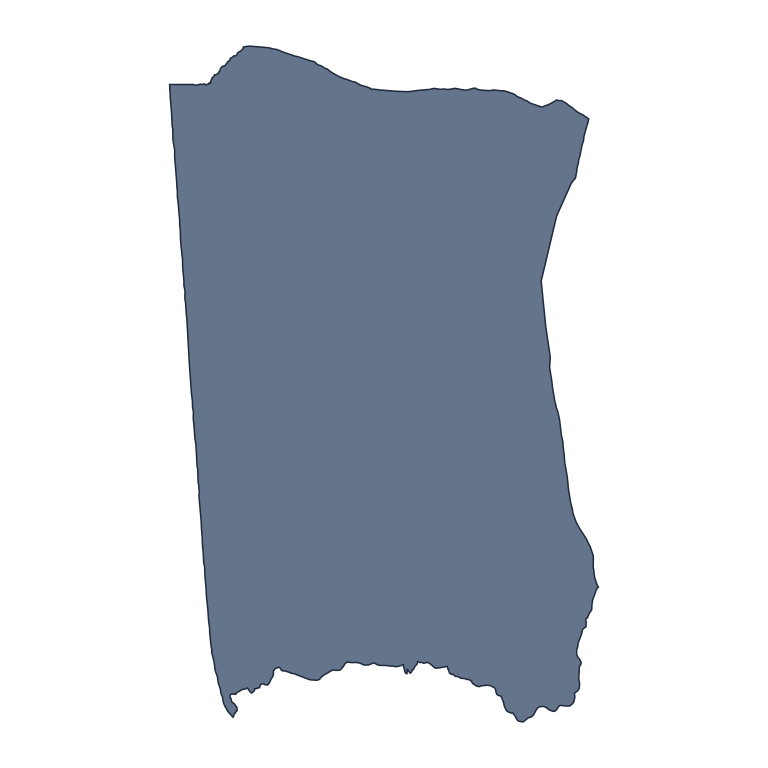 the district of Omhajer, Gash Barka, Eritrea
{"feature_id": "51966322B84792340140154", "entity_name": "Omhajer", "entity_type": "district", "adm_level": 2, "iso_a3": "ERI", "parent_name": "Eritrea", "parent_adm1": "Gash Barka", "projection": "equal_earth", "projection_center": [36.816, 14.649], "detail": "fine", "context": "isolated", "style": "filled", "palette": "slate", "viewbox_px": 768, "rotation_deg": 0, "n_neighbors": 0, "source": "geoboundaries", "source_scale": "gbopen_adm2", "svg_char_len": 6016}
<svg xmlns="http://www.w3.org/2000/svg" viewBox="0 0 768 768"><path d="M475.3,88.1L472.3,88.5L466.6,90.2L463.4,89.9L454.9,88.3L449.8,89.3L446.4,89.4L443.7,88.9L440.6,89.4L434.6,88.4L432.7,88.6L429.6,89.4L420.4,90.1L408.2,91.7L395.6,91.2L379.4,89.9L373.5,89.1L371.9,89.4L370.1,88.2L366.8,86.9L361.0,85.3L355.0,82.0L352.2,81.5L346.6,79.3L344.1,78.7L337.6,75.9L330.9,71.9L327.2,69.0L325.6,68.6L321.0,65.7L318.9,65.2L316.6,63.9L315.5,62.6L314.2,61.7L309.1,60.4L297.6,56.6L294.3,56.0L293.6,55.6L282.3,51.8L279.5,50.5L276.4,49.4L272.4,48.8L270.0,48.0L265.1,47.4L249.5,46.1L243.7,46.8L243.2,47.3L242.8,49.0L241.4,50.4L240.0,51.4L237.7,52.6L236.5,55.4L235.3,56.0L234.0,55.7L232.6,57.1L230.5,58.2L230.1,58.6L229.9,60.4L227.7,61.6L227.3,62.6L224.9,65.7L224.0,65.9L223.6,66.2L222.4,66.3L221.2,67.5L220.2,69.4L219.7,70.7L218.1,73.2L217.3,74.0L215.5,75.0L215.1,75.1L214.4,74.8L213.8,76.5L213.4,77.0L212.2,77.5L212.2,78.7L211.1,80.1L210.5,83.0L210.0,83.3L209.8,83.5L209.2,82.9L208.4,84.0L207.1,84.3L205.8,85.0L204.2,83.8L203.3,84.0L202.0,84.7L200.6,84.1L199.8,84.4L196.1,85.2L194.6,85.0L193.7,84.5L169.6,84.5L169.8,90.1L170.1,91.7L170.2,97.0L171.5,112.3L172.1,125.3L172.8,129.2L172.9,139.6L174.7,150.6L174.6,156.2L176.8,183.6L176.8,186.8L177.3,190.2L177.4,197.2L178.2,203.3L178.9,212.2L179.6,219.2L179.7,225.4L180.3,230.6L180.5,239.7L181.1,246.6L181.7,251.7L181.8,254.3L182.5,258.6L182.7,267.9L183.9,280.6L183.9,285.7L185.0,290.9L184.8,298.6L185.6,303.3L186.3,314.7L186.8,318.2L189.5,366.4L191.5,394.1L192.4,401.1L192.5,406.6L193.4,412.2L193.2,418.0L194.4,430.7L194.8,437.7L195.9,444.3L197.1,466.3L197.7,469.2L198.1,482.2L198.8,485.5L198.9,488.7L199.3,492.1L198.9,495.3L201.2,522.1L201.4,527.8L202.3,538.6L202.4,544.4L203.2,552.6L203.7,563.1L204.6,566.7L204.9,575.9L206.0,587.3L206.5,597.2L207.8,609.1L208.6,620.9L209.5,627.8L209.8,634.0L211.2,646.9L211.8,649.6L211.7,652.4L213.9,661.1L215.2,670.6L217.4,676.8L218.1,682.3L220.4,689.2L220.7,692.0L221.3,694.4L222.7,697.8L222.7,698.7L223.5,703.1L224.9,706.1L227.7,711.3L233.0,717.2L233.4,716.7L233.4,716.2L233.7,716.1L234.0,713.9L235.1,713.3L236.3,711.2L237.1,710.7L237.0,707.5L236.8,707.1L235.8,706.1L235.0,704.5L233.6,703.1L232.0,702.3L230.8,698.1L229.8,697.4L230.1,696.1L230.2,695.0L230.5,694.6L232.0,694.0L233.3,694.2L233.8,693.9L235.4,694.4L235.9,694.2L237.2,692.2L239.2,691.4L242.3,689.5L245.2,689.1L247.2,687.9L248.6,689.6L249.7,691.4L251.2,692.9L251.5,693.0L252.9,692.2L254.6,690.3L254.6,688.7L256.1,688.7L256.8,688.2L257.7,688.3L258.6,687.7L259.5,687.7L259.9,686.8L259.9,685.5L260.1,685.1L261.9,684.0L263.4,683.8L265.0,684.7L265.9,684.6L267.4,685.1L268.6,684.0L269.5,682.6L271.2,678.9L272.9,676.3L273.4,674.2L273.5,670.8L275.6,668.4L279.0,667.2L280.5,668.4L281.3,670.2L283.2,671.0L285.1,671.0L290.1,672.6L290.5,673.1L293.9,673.7L308.5,679.3L310.8,679.9L316.4,680.2L318.2,680.0L319.7,679.2L320.5,678.0L322.9,675.7L332.3,670.2L334.0,670.0L335.9,670.4L337.8,670.4L340.3,670.0L343.3,666.6L344.6,664.4L345.3,663.5L346.7,662.4L347.6,662.1L351.5,662.6L356.5,662.5L359.7,663.0L364.0,665.1L368.6,664.9L370.4,664.3L372.7,663.2L373.9,663.0L375.2,663.4L376.3,664.3L377.9,665.0L380.4,665.4L386.6,665.5L389.2,666.0L393.9,666.2L395.8,666.8L401.1,665.7L402.2,664.9L403.3,664.5L403.5,664.7L403.5,666.3L404.7,671.0L405.4,672.9L406.5,673.8L407.0,673.6L407.2,671.4L407.0,670.4L407.3,669.4L407.9,669.7L408.0,670.2L410.1,673.2L411.4,672.3L412.6,669.5L413.0,669.7L413.6,669.2L414.8,666.6L415.8,665.6L417.3,663.6L417.5,661.9L417.9,661.5L419.6,662.5L421.8,662.4L423.5,663.3L426.5,662.7L427.2,662.1L430.7,664.2L434.2,667.5L435.9,668.2L440.1,667.8L447.0,666.4L447.7,667.9L447.9,669.0L448.6,670.2L449.4,672.8L450.8,674.1L452.6,674.2L455.9,676.6L457.9,676.5L460.9,678.3L464.8,678.6L466.5,679.4L469.3,679.7L470.8,680.8L471.4,681.0L472.5,683.4L476.7,686.2L479.6,686.7L480.8,685.9L487.7,685.2L490.9,685.8L492.2,686.7L493.9,687.3L494.6,688.0L495.4,689.3L495.8,690.6L496.2,693.0L496.9,694.4L498.2,695.4L500.5,695.9L501.2,696.8L503.2,701.4L504.4,706.5L506.1,710.1L507.8,711.7L509.9,712.7L511.6,713.1L512.6,712.9L515.4,716.5L516.3,718.6L517.4,720.2L518.3,721.0L522.2,721.9L523.5,721.7L528.2,717.9L530.8,717.1L532.5,716.0L533.8,714.6L535.9,710.5L537.4,708.2L538.5,707.2L541.7,706.4L544.2,706.6L546.0,707.4L548.7,709.6L550.8,710.6L552.8,711.2L554.5,711.4L556.3,710.1L558.9,706.2L560.0,705.4L562.1,705.5L565.4,706.1L566.9,705.9L567.8,706.1L569.7,705.9L570.8,705.3L573.7,702.4L574.9,697.1L574.5,694.0L574.7,693.1L577.5,690.9L579.1,688.8L579.3,687.9L579.6,683.2L578.8,678.9L578.8,677.1L579.3,670.8L579.1,668.8L579.6,666.4L580.9,664.1L581.2,663.0L581.1,662.3L579.6,659.1L578.4,657.9L577.0,655.5L576.7,653.1L576.6,650.4L576.9,649.1L577.9,646.3L578.0,643.5L581.0,635.6L581.7,633.6L582.4,630.1L583.3,628.7L585.6,627.1L586.1,626.2L586.2,621.8L585.6,620.7L585.8,619.5L586.1,618.8L587.4,617.8L589.4,613.1L591.6,610.1L591.8,608.8L591.9,605.4L592.6,600.1L595.3,592.9L595.6,591.2L597.4,588.0L598.4,587.2L596.9,584.3L594.7,577.6L594.1,573.4L593.9,571.0L593.2,567.3L593.4,557.9L593.2,556.3L593.0,554.9L591.9,551.6L590.1,546.3L588.8,544.2L586.7,539.5L585.7,537.6L584.7,536.3L579.4,528.2L576.0,521.8L573.0,513.4L572.4,509.5L570.6,502.4L568.2,487.1L568.0,483.5L567.0,475.2L564.7,462.4L564.2,455.1L563.1,446.4L562.9,441.8L561.5,435.8L559.5,419.3L557.9,412.1L556.4,407.7L554.8,401.1L552.6,387.9L551.5,378.8L550.6,374.0L550.3,371.3L549.6,367.0L550.3,357.4L545.7,326.1L541.2,281.0L556.6,216.1L571.4,183.1L575.5,178.0L576.8,170.9L577.2,167.2L578.3,163.4L578.7,159.9L579.8,156.4L582.2,144.7L583.5,140.7L584.0,136.3L585.8,129.6L588.2,121.6L588.7,118.9L583.1,115.0L578.2,112.5L573.8,109.2L573.2,108.3L568.8,105.4L566.4,103.4L561.6,100.6L559.1,100.6L556.2,100.0L554.3,101.5L548.9,104.4L544.0,106.2L542.9,106.9L541.3,106.9L530.4,103.2L527.0,100.9L524.4,100.0L521.4,98.2L517.5,96.7L515.7,95.2L513.8,94.1L511.4,93.0L510.6,93.1L509.0,92.2L508.1,92.2L507.6,91.7L506.3,91.6L504.9,90.9L499.1,90.6L496.0,90.1L492.8,90.0L491.0,90.5L489.4,90.6L482.3,90.2L479.7,89.9L477.2,89.2L475.3,88.1Z" fill="#64748b" stroke="#1e293b" stroke-width="1.5"/></svg>